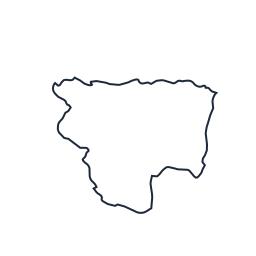 the border of Elbasan, rotated 31°
{"feature_id": "ALB-1524", "entity_name": "Elbasan", "entity_type": "County", "adm_level": 1, "iso_a3": "ALB", "parent_name": "Albania", "parent_adm1": "", "projection": "robinson", "projection_center": [20.152, 41.052], "detail": "fine", "context": "isolated", "style": "outline", "palette": "slate", "viewbox_px": 256, "rotation_deg": 31, "n_neighbors": 0, "source": "natural_earth", "source_scale": "10m", "svg_char_len": 2350}
<svg xmlns="http://www.w3.org/2000/svg" viewBox="0 0 256 256"><g transform="rotate(31 128 128)"><path d="M197.3,92.5L204.2,101.4L207.1,106.6L208.0,111.7L207.9,115.6L209.2,118.7L213.0,120.3L213.1,121.0L213.2,124.7L213.9,128.2L213.9,129.4L213.3,133.6L212.6,134.9L211.7,135.6L209.7,135.4L203.0,133.1L201.9,133.0L201.1,133.0L199.7,133.6L192.3,137.6L190.9,138.1L189.8,138.3L183.3,140.4L182.0,141.1L180.9,142.4L179.8,145.4L179.3,147.3L178.9,150.9L178.3,153.2L177.8,154.5L173.2,156.7L175.3,162.8L176.4,164.7L182.2,171.7L184.4,174.8L189.3,184.8L186.6,190.1L185.0,192.4L182.5,194.3L179.6,195.5L165.6,197.0L158.5,198.9L157.0,201.4L149.8,203.6L143.9,203.7L142.4,203.1L142.0,202.5L141.3,200.8L139.9,199.9L138.3,199.7L135.5,199.6L133.9,199.2L129.7,197.5L131.4,194.9L130.1,193.9L128.0,192.9L123.8,191.9L121.7,190.7L120.1,189.2L115.6,182.2L113.9,180.9L111.7,180.1L108.8,179.8L106.3,179.1L105.4,178.3L105.4,177.4L106.0,175.3L106.0,174.3L105.9,173.2L105.3,171.1L105.3,170.3L105.4,169.7L106.0,168.2L105.4,167.1L104.9,166.9L103.3,166.4L101.8,166.8L97.2,169.6L82.5,168.0L78.5,169.4L71.1,167.4L70.0,166.6L68.4,165.1L66.7,161.9L66.3,160.6L66.1,159.3L66.1,158.1L66.9,154.1L67.0,153.0L66.5,147.6L66.7,146.8L68.1,144.2L68.3,139.9L65.9,138.9L65.1,139.1L63.7,139.2L62.4,138.5L60.5,137.1L58.7,136.8L52.0,137.2L47.5,136.0L44.9,134.6L43.3,132.8L42.5,130.8L42.2,129.3L42.1,128.4L42.4,127.0L46.3,127.7L46.9,127.1L47.5,126.1L47.5,124.1L47.7,122.4L48.3,120.1L49.8,118.7L54.1,116.7L55.3,115.7L55.9,114.8L56.3,112.3L62.2,111.9L67.8,112.4L71.5,111.7L73.8,110.8L74.7,109.9L74.8,109.4L74.2,109.0L73.1,108.7L72.6,108.1L72.4,107.5L76.8,104.0L85.6,100.6L89.6,99.8L97.7,95.9L99.0,94.8L104.6,88.9L106.9,85.5L109.6,82.5L111.0,81.6L112.2,81.5L113.0,82.2L114.2,82.8L115.8,83.0L116.9,82.7L118.0,82.1L120.9,79.3L122.1,78.6L125.1,78.3L128.1,72.9L132.2,69.7L134.1,68.8L144.0,66.3L144.8,65.6L145.3,64.8L146.4,62.3L147.5,61.1L147.9,60.9L148.6,60.6L149.8,60.3L150.4,60.0L151.1,59.6L151.7,58.9L154.4,56.9L155.8,56.1L157.3,55.5L159.0,55.4L160.6,55.6L162.7,56.4L165.3,56.5L166.8,56.2L168.1,55.8L169.3,54.9L171.1,52.7L172.1,52.3L172.9,52.5L173.7,53.5L174.4,53.3L175.0,52.8L175.7,52.4L176.8,52.3L179.0,53.0L181.3,53.4L183.9,52.7L185.7,52.4L185.2,54.3L185.3,56.6L185.8,59.5L186.8,61.8L190.9,67.3L190.9,67.8L191.9,74.6L194.2,83.4L195.0,86.8L197.3,92.5Z" fill="none" stroke="#1e293b" stroke-width="2"/></g></svg>